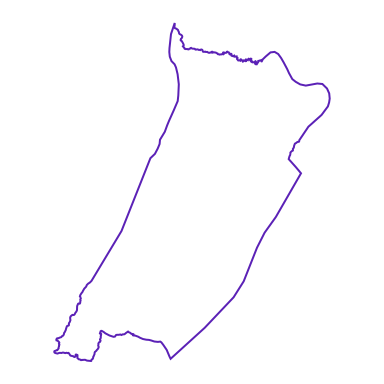 outline of Hinherb, Vientiane, Laos
{"feature_id": "54806243B70207385851148", "entity_name": "Hinherb", "entity_type": "district", "adm_level": 2, "iso_a3": "LAO", "parent_name": "Laos", "parent_adm1": "Vientiane", "projection": "mercator", "projection_center": [102.194, 18.65], "detail": "fine", "context": "isolated", "style": "outline", "palette": "violet", "viewbox_px": 384, "rotation_deg": 0, "n_neighbors": 0, "source": "geoboundaries", "source_scale": "gbopen_adm2", "svg_char_len": 5718}
<svg xmlns="http://www.w3.org/2000/svg" viewBox="0 0 384 384"><path d="M54.5,351.1L54.3,351.5L54.3,352.1L54.6,352.6L55.2,353.0L57.2,353.5L57.7,353.5L59.3,352.9L60.7,352.9L61.3,353.0L62.7,352.6L63.4,352.6L65.2,353.1L66.4,352.8L66.7,352.8L67.6,353.1L68.5,352.9L69.0,353.4L70.2,355.3L70.5,355.6L72.5,356.1L73.2,356.2L73.9,356.8L74.4,357.0L74.9,356.9L75.3,356.6L75.5,356.2L75.6,354.9L75.8,354.6L76.1,354.5L76.8,355.1L77.2,354.9L77.4,355.0L77.5,355.4L77.4,356.3L77.5,356.9L77.4,358.0L78.8,359.3L79.8,359.4L80.9,360.1L81.3,360.1L81.8,359.9L82.1,359.9L82.2,360.0L84.0,359.8L85.1,359.8L87.0,360.6L91.1,361.0L91.3,360.8L91.4,360.2L91.6,359.6L92.6,359.0L93.1,358.0L93.2,356.9L93.6,356.4L93.7,355.9L94.5,354.2L94.6,352.8L94.9,352.0L96.3,350.8L96.9,349.9L97.7,349.2L98.1,348.4L98.5,347.8L98.7,346.9L98.3,346.0L98.2,345.4L98.4,344.8L98.4,343.4L99.2,342.2L100.1,341.8L100.5,340.8L100.5,340.4L100.0,339.8L100.0,339.5L100.0,339.3L100.6,338.3L100.7,337.9L100.8,337.3L100.7,336.6L101.0,335.7L100.8,334.9L101.2,334.1L101.1,333.8L100.9,333.6L100.0,333.5L99.9,333.4L100.0,333.0L100.5,332.3L100.5,331.4L101.1,330.9L101.8,330.9L103.7,332.0L105.3,333.3L109.5,335.5L113.5,336.8L114.9,336.6L116.1,335.0L116.3,334.9L117.6,334.8L118.9,334.8L120.2,334.5L120.5,334.5L121.3,335.0L121.9,334.8L122.5,334.4L124.2,334.3L125.2,333.7L125.8,333.1L128.0,331.6L128.3,332.0L130.0,332.7L130.5,333.1L130.8,333.5L131.5,333.7L131.9,334.1L132.2,334.2L132.7,334.0L133.1,334.1L133.1,334.3L132.8,334.7L132.9,335.2L133.2,335.2L133.7,335.0L133.8,335.5L134.0,335.6L134.4,335.4L135.2,335.6L138.2,336.7L139.9,337.7L142.9,339.0L146.3,339.7L149.0,339.9L151.3,340.5L154.3,341.5L157.9,341.9L160.3,341.6L161.4,342.4L163.3,344.9L166.7,349.9L169.6,356.8L170.6,358.8L204.7,327.8L233.6,297.3L243.7,281.3L257.0,247.7L264.6,232.7L275.9,216.9L301.0,173.3L296.1,167.4L288.7,159.1L289.5,156.2L290.1,155.2L290.4,153.7L290.4,152.6L290.7,152.2L291.5,151.4L292.0,151.0L292.9,150.5L292.9,148.9L293.8,147.6L294.1,145.8L294.8,143.9L295.0,143.6L296.1,143.0L297.5,141.9L298.8,141.8L299.2,141.2L299.3,140.2L308.4,126.7L321.6,114.9L327.9,106.4L329.1,102.5L329.7,98.6L329.2,93.4L327.0,88.5L322.4,84.0L317.3,83.5L305.8,85.6L300.2,84.4L295.7,81.8L292.3,79.1L289.0,73.1L287.2,69.1L283.7,62.5L281.1,58.0L278.2,54.0L274.6,51.9L270.5,52.4L265.7,56.5L262.6,59.5L262.2,59.7L262.4,60.1L262.0,61.0L261.7,61.4L261.4,61.3L261.2,60.6L260.7,60.3L260.0,60.4L259.3,60.8L258.3,60.9L258.2,62.1L257.9,62.6L257.1,62.5L256.9,63.4L257.0,63.9L256.7,64.3L256.2,64.1L255.6,64.2L255.1,63.7L255.0,63.2L256.0,62.8L256.4,62.4L255.6,61.3L255.4,61.2L255.1,61.5L255.1,62.0L254.9,62.4L253.8,62.3L253.4,62.2L252.8,62.4L252.4,62.3L252.3,61.8L251.7,62.0L251.2,61.7L251.0,61.4L251.4,60.6L251.2,59.5L251.3,59.0L251.3,58.8L251.0,58.7L250.7,58.7L250.6,58.9L250.8,59.5L250.1,60.2L249.9,60.0L249.5,59.1L248.7,58.7L248.4,58.9L248.1,59.8L247.9,60.2L246.6,59.6L245.8,59.5L245.6,60.0L246.2,60.7L246.1,61.1L245.6,61.2L243.9,60.3L243.5,60.6L243.4,61.3L242.9,61.6L242.0,60.2L240.9,59.3L240.6,59.3L240.5,59.5L240.7,60.6L240.4,60.8L239.9,60.3L238.5,60.5L238.1,60.4L237.7,59.7L237.1,59.2L237.1,58.9L237.6,58.0L237.4,57.7L236.7,57.6L236.6,57.4L236.6,56.4L235.1,56.5L234.4,56.7L234.2,56.6L234.3,55.9L234.2,55.6L233.6,55.9L232.6,56.1L231.5,55.7L231.3,55.4L231.5,54.7L231.6,54.3L231.4,54.0L231.1,53.8L230.6,53.8L230.1,54.3L229.7,54.3L229.4,54.0L229.2,53.0L228.8,52.4L228.0,52.3L227.5,51.7L227.2,51.7L226.8,51.8L226.3,52.7L225.8,52.9L225.0,52.9L223.8,52.4L223.2,52.5L223.0,52.8L223.0,53.1L223.6,53.8L223.7,54.0L223.4,54.3L222.0,54.1L221.0,54.5L220.1,54.4L219.4,54.6L218.9,54.3L218.0,54.2L217.8,54.1L217.5,53.4L216.7,53.2L215.7,52.5L214.8,52.5L213.7,52.2L213.3,52.3L212.8,52.7L212.6,52.6L212.5,52.0L212.1,51.7L211.5,51.9L211.1,52.6L210.1,52.5L209.5,52.8L208.9,52.8L208.1,52.5L207.2,51.9L205.9,52.0L205.3,51.7L205.1,51.6L204.6,51.8L203.2,51.8L202.9,51.5L202.3,49.9L201.6,49.5L201.0,49.5L200.3,50.1L200.1,50.1L199.6,49.9L198.6,49.9L197.8,49.4L197.0,49.4L196.0,49.6L195.6,49.6L195.2,49.4L194.9,48.9L194.7,48.8L192.3,48.6L191.4,48.2L191.1,47.9L190.7,48.0L190.2,48.6L189.4,48.7L188.7,49.4L187.8,49.3L187.2,49.0L185.8,49.1L184.7,48.8L184.4,48.4L184.4,47.9L183.5,47.1L182.9,46.3L183.6,45.7L183.7,45.3L183.6,44.5L182.6,42.5L181.8,41.2L181.5,40.8L180.8,40.5L180.6,40.0L181.0,38.8L181.6,38.3L182.2,37.1L182.3,36.7L182.1,35.8L181.5,35.1L180.9,34.7L179.7,34.1L179.3,33.7L179.1,33.3L178.8,31.8L178.3,31.0L178.0,30.0L177.7,29.7L177.1,29.4L176.6,28.8L175.0,28.2L174.7,27.8L174.4,26.8L174.7,25.0L174.7,23.0L171.0,34.1L169.5,48.0L169.3,52.0L169.8,56.7L171.5,61.1L174.6,64.3L176.0,67.5L177.6,74.2L178.8,84.3L178.3,95.5L177.7,101.1L173.8,110.2L169.0,120.9L167.1,125.5L164.8,131.8L160.0,139.7L159.6,144.0L157.7,148.6L154.9,153.9L150.4,158.2L121.5,231.0L91.5,280.9L89.8,282.6L88.2,283.6L87.0,284.8L86.6,285.4L86.4,286.1L86.1,286.7L84.3,288.6L83.0,290.8L82.4,292.1L81.4,293.3L80.4,294.9L80.2,295.4L79.9,296.4L80.3,296.8L80.8,298.6L80.3,299.4L80.3,299.9L80.6,300.6L80.3,301.3L80.2,302.8L79.9,303.5L79.4,303.7L78.5,303.5L78.2,303.7L78.0,304.0L77.2,305.9L77.1,306.6L77.0,309.8L76.9,310.4L76.3,311.7L75.5,312.6L74.7,314.2L74.4,314.6L74.2,314.8L73.5,315.0L72.4,314.9L70.9,316.1L70.6,316.5L70.2,317.4L70.2,319.1L70.4,319.7L70.4,320.3L69.7,322.1L69.0,323.1L68.9,323.6L68.9,325.1L68.8,325.3L68.5,325.6L67.3,325.9L66.8,326.5L66.0,328.9L65.8,329.9L65.4,330.7L65.0,331.7L64.2,332.8L63.8,334.5L63.6,334.9L63.0,335.7L62.1,336.1L61.3,337.1L61.1,337.2L60.0,337.5L58.4,338.2L57.2,338.3L56.9,338.5L56.5,339.1L56.3,339.9L56.5,340.4L57.6,340.6L58.2,341.3L58.7,341.7L59.3,342.5L59.3,342.9L58.9,343.8L59.0,344.1L59.4,344.7L59.3,345.1L59.0,345.6L59.0,346.5L58.6,347.3L58.6,348.4L58.2,349.0L57.8,349.4L57.4,350.1L56.7,350.1L55.7,350.7L54.5,351.1Z" fill="none" stroke="#5b21b6" stroke-width="2"/></svg>